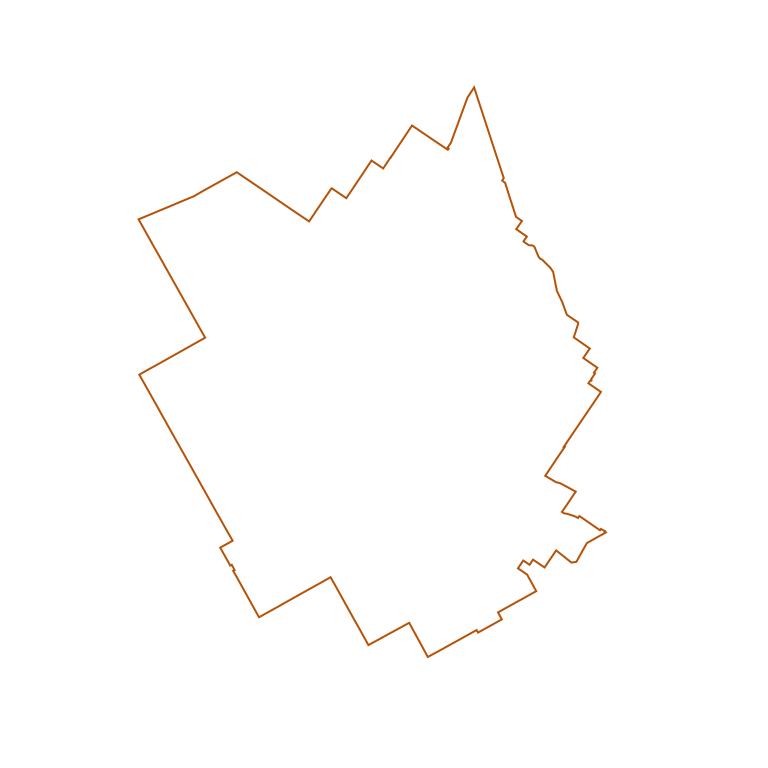 outline of Toodyay, Western Australia, Australia, rotated 331°
{"feature_id": "25037944B97460463632510", "entity_name": "Toodyay", "entity_type": "district", "adm_level": 2, "iso_a3": "AUS", "parent_name": "Australia", "parent_adm1": "Western Australia", "projection": "albers", "projection_center": [116.439, -31.47], "detail": "fine", "context": "isolated", "style": "outline", "palette": "amber", "viewbox_px": 768, "rotation_deg": 331, "n_neighbors": 0, "source": "geoboundaries", "source_scale": "gbopen_adm2", "svg_char_len": 2986}
<svg xmlns="http://www.w3.org/2000/svg" viewBox="0 0 768 768"><g transform="rotate(331 384 384)"><path d="M161.6,527.4L180.2,527.4L194.1,527.3L212.2,527.2L225.7,527.2L227.4,527.1L228.0,527.2L243.6,527.1L243.7,539.3L243.7,579.9L243.8,581.0L243.8,583.8L243.8,603.1L243.8,604.8L247.7,604.8L259.5,604.9L276.0,605.0L290.3,605.1L290.2,613.1L290.1,630.6L290.0,644.0L295.4,644.0L299.7,644.1L300.2,644.1L301.4,644.1L321.1,644.1L335.8,644.1L345.7,644.1L345.7,647.0L346.4,647.0L359.1,647.0L359.3,647.0L372.9,647.0L373.0,639.0L390.7,639.0L416.7,639.0L416.8,620.1L411.8,610.2L420.2,605.9L423.7,612.7L429.2,609.9L435.5,622.3L453.9,613.0L459.7,627.0L461.4,631.1L466.0,632.8L466.2,632.7L475.5,626.9L484.3,621.5L495.9,621.4L504.6,621.4L505.8,621.4L505.3,620.5L506.1,620.1L503.4,615.9L502.0,616.6L492.7,597.9L490.8,594.2L488.9,595.0L488.7,595.2L487.0,592.6L486.5,592.0L486.2,591.6L485.4,590.7L485.1,590.4L481.0,586.1L480.7,585.8L480.3,585.6L480.0,585.4L479.7,585.2L479.4,585.0L479.0,584.6L478.7,584.2L478.5,583.9L478.3,583.6L477.8,582.6L477.6,582.1L477.9,582.0L483.4,579.3L496.3,572.7L499.5,571.1L490.0,556.2L486.8,553.2L480.5,542.5L490.6,537.3L499.9,532.5L511.5,526.7L511.1,526.5L510.7,526.2L511.4,525.8L521.1,520.9L531.9,515.4L546.5,508.0L564.5,498.9L569.9,496.1L563.1,482.5L565.6,481.2L567.1,481.6L567.3,481.5L567.4,480.3L573.7,477.1L573.1,475.9L578.3,473.3L578.5,473.2L576.0,468.2L575.9,468.0L570.9,457.9L580.0,453.3L581.2,452.8L577.0,444.2L572.6,435.2L578.5,429.7L582.6,425.9L582.9,425.6L583.0,425.4L583.6,424.4L583.5,424.2L582.5,422.0L582.4,421.9L579.3,415.7L577.5,412.1L579.6,398.8L579.7,398.5L579.7,397.8L579.7,397.2L580.3,387.1L580.4,385.9L581.1,384.3L582.0,381.1L586.3,367.9L585.8,362.8L584.9,359.8L582.6,351.9L581.3,350.1L580.9,347.2L582.1,336.9L582.0,336.7L581.3,335.1L580.5,334.4L578.4,333.2L577.6,332.2L575.1,327.1L575.1,326.9L580.4,324.3L574.7,312.7L583.7,308.3L580.5,301.9L583.9,284.5L587.4,267.1L587.5,267.0L586.0,263.4L588.6,261.9L589.0,259.7L593.6,235.7L606.6,168.3L596.6,173.6L595.9,173.9L559.4,205.5L559.2,205.6L556.6,206.9L554.0,208.2L554.7,209.5L553.5,210.1L553.4,210.1L545.1,193.9L540.2,184.2L533.8,171.5L523.6,176.8L513.1,182.2L512.9,182.3L500.0,189.0L500.0,188.8L499.8,188.9L496.8,190.4L496.4,190.7L493.4,192.2L487.8,195.1L481.4,182.5L452.7,197.3L441.1,203.2L433.2,187.5L432.9,187.5L432.7,187.5L419.5,194.2L407.6,200.2L404.8,201.7L404.2,202.0L397.3,205.5L387.5,186.2L378.5,168.3L373.0,157.3L364.3,140.1L357.9,127.4L344.0,127.4L335.4,127.4L321.6,127.4L319.5,127.4L308.5,127.6L294.4,126.0L285.0,125.0L266.1,122.9L249.2,121.0L249.3,148.8L249.5,174.4L249.9,245.3L250.0,256.8L234.0,256.9L216.7,257.0L197.0,257.1L183.5,257.1L174.5,257.2L174.6,270.5L174.7,289.1L174.8,322.0L175.1,365.4L175.3,409.3L175.3,415.9L175.3,416.3L175.4,421.7L175.4,428.0L175.6,447.7L170.4,447.7L161.4,447.7L161.5,460.4L161.5,468.3L163.2,468.3L163.1,474.3L161.5,474.2L161.6,481.3L161.6,484.6L161.6,491.4L161.6,492.3L161.6,498.9L161.6,500.9L161.6,527.4Z" fill="none" stroke="#b45309" stroke-width="2"/></g></svg>